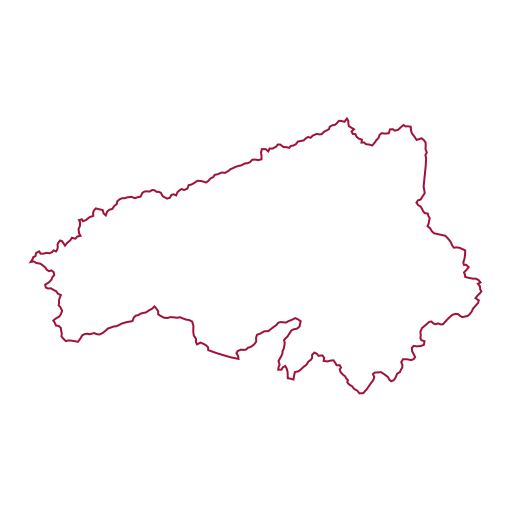 the district of Valença, Rio de Janeiro, Brazil
{"feature_id": "56859067B36198843973631", "entity_name": "Valença", "entity_type": "district", "adm_level": 2, "iso_a3": "BRA", "parent_name": "Brazil", "parent_adm1": "Rio de Janeiro", "projection": "orthographic", "projection_center": [-43.878, -22.233], "detail": "fine", "context": "isolated", "style": "outline", "palette": "rose", "viewbox_px": 512, "rotation_deg": 0, "n_neighbors": 0, "source": "geoboundaries", "source_scale": "gbopen_adm2", "svg_char_len": 6030}
<svg xmlns="http://www.w3.org/2000/svg" viewBox="0 0 512 512"><path d="M30.7,262.0L33.5,261.4L36.4,263.0L40.4,263.7L43.2,265.7L45.4,267.6L46.7,269.7L49.0,271.2L51.4,270.4L53.7,272.2L54.2,275.2L52.5,277.0L51.4,279.7L49.3,282.0L47.3,283.4L45.2,284.6L45.8,287.5L47.9,288.5L50.8,288.3L53.4,289.8L56.1,291.2L57.9,293.6L60.9,295.1L59.7,298.0L58.9,300.4L59.1,302.9L58.6,305.2L60.4,307.2L62.1,310.7L60.8,314.3L59.4,316.4L56.9,317.9L54.9,319.2L53.3,320.6L54.7,322.6L56.0,325.5L58.8,326.0L60.8,327.9L61.1,330.6L61.8,333.8L61.4,336.4L63.8,339.2L65.9,341.1L68.0,340.5L70.6,340.5L74.2,341.1L77.9,341.8L79.5,339.8L81.0,337.5L82.2,335.4L84.3,334.2L87.1,333.7L89.4,334.3L91.8,333.7L94.3,333.1L96.8,334.2L99.5,334.5L102.5,333.1L105.2,331.0L107.9,328.5L110.7,327.6L113.7,326.5L116.0,326.3L118.7,325.2L121.6,323.6L126.4,322.2L132.5,321.1L133.9,317.4L136.0,315.5L138.3,315.2L140.3,313.7L143.5,312.9L145.8,312.5L149.0,310.4L152.3,308.6L154.5,306.4L156.4,308.7L158.2,311.4L158.2,314.3L160.4,315.8L164.0,317.7L167.4,318.0L170.5,317.1L174.3,317.4L177.4,317.8L179.9,317.2L182.8,318.4L186.0,319.6L189.0,320.0L192.2,321.6L193.4,325.7L193.3,329.4L193.3,332.1L193.8,335.6L196.0,338.8L195.9,342.0L197.1,344.4L200.5,342.6L203.6,343.9L205.9,345.2L208.1,347.3L208.2,350.1L216.0,352.9L221.8,354.7L230.7,357.3L238.5,358.9L238.1,355.9L236.4,353.3L237.6,351.1L240.8,349.7L244.0,349.9L246.2,349.5L247.9,347.8L250.0,347.2L252.2,346.0L254.4,344.1L256.2,341.6L256.1,337.7L257.0,334.8L260.5,333.5L264.3,331.3L268.3,331.1L271.1,328.9L274.0,326.7L276.4,325.1L278.0,322.9L280.1,322.1L283.4,322.3L285.9,322.6L288.2,321.3L290.4,320.4L292.5,319.5L295.3,318.1L298.0,319.4L300.7,321.2L300.1,323.7L299.5,326.5L297.1,328.6L293.4,329.4L291.2,330.7L287.5,336.5L285.5,338.4L284.0,340.2L284.7,342.5L284.4,345.6L283.7,348.8L282.6,351.1L282.3,354.1L280.8,357.0L278.5,361.0L279.6,364.6L278.5,367.3L278.2,369.7L281.5,369.7L282.7,367.5L285.2,366.0L286.6,368.3L287.6,372.0L287.8,378.2L290.1,378.6L293.5,379.5L294.0,376.0L294.9,372.1L298.7,371.2L301.4,369.0L303.4,367.0L306.4,364.8L308.4,361.6L310.7,360.0L312.1,358.0L312.1,354.9L314.3,352.6L316.7,353.7L318.6,355.8L322.3,355.4L324.1,357.7L323.7,361.0L327.6,361.4L330.4,360.6L333.5,360.3L335.4,363.1L336.6,365.2L339.8,365.3L341.0,367.5L339.7,369.4L340.6,372.2L342.8,374.5L345.2,376.4L346.2,378.4L347.9,380.1L347.3,382.4L348.9,384.3L352.1,386.3L354.1,388.9L357.2,390.6L359.5,393.4L363.3,393.1L365.1,391.0L366.9,389.1L368.6,386.5L370.8,383.4L373.3,380.1L374.3,377.0L372.9,374.1L374.7,372.6L378.0,372.4L380.9,372.1L383.8,373.9L387.9,377.0L389.5,379.9L391.2,381.3L393.9,380.1L395.7,377.3L397.1,373.7L399.8,372.2L400.9,369.8L402.3,367.5L402.4,364.7L401.2,362.2L403.0,359.2L407.5,359.3L411.2,360.1L413.6,359.2L415.1,357.1L414.1,355.0L412.1,351.1L411.8,347.9L413.7,345.9L417.0,346.4L420.8,346.0L423.9,344.8L424.5,341.2L421.3,340.2L420.4,338.0L420.8,335.5L420.4,331.8L422.0,328.1L426.6,324.2L429.2,321.9L431.4,321.5L433.6,323.6L435.7,324.2L438.2,323.4L440.7,324.4L443.0,324.3L445.2,321.7L447.3,319.5L450.1,316.7L452.6,314.7L455.7,313.9L458.0,314.1L460.1,315.9L462.3,317.1L465.3,316.5L467.7,315.9L469.5,314.4L471.7,311.6L473.1,308.5L475.8,305.6L478.0,303.0L478.8,300.4L475.5,298.2L477.7,295.4L479.8,293.4L481.3,291.4L480.2,289.3L479.9,286.3L477.9,283.7L480.5,282.5L478.7,280.2L476.1,278.7L472.8,278.7L468.6,277.8L465.2,276.9L464.9,274.6L464.0,272.4L466.4,270.0L468.7,267.2L466.3,264.9L463.9,264.9L463.3,262.3L464.4,259.0L465.0,255.5L465.2,250.4L462.5,249.1L459.3,247.7L456.5,247.4L453.9,247.7L452.2,245.5L450.5,241.6L448.2,238.8L445.4,235.8L434.1,233.3L431.9,231.3L430.1,228.3L427.6,226.2L428.7,223.5L429.0,221.1L429.7,218.2L428.4,216.0L427.8,213.6L424.7,213.1L423.1,211.2L421.9,208.6L420.4,206.4L418.2,205.1L416.4,202.7L417.9,200.4L420.7,199.5L422.4,196.6L424.7,193.3L424.3,190.2L423.6,186.7L425.7,165.9L426.1,158.1L425.4,155.1L426.8,152.4L425.5,149.0L425.7,145.6L425.6,142.5L424.0,140.3L421.6,138.3L416.6,139.9L414.4,136.6L411.8,133.1L411.1,130.7L410.7,126.7L407.9,126.3L405.5,126.4L403.6,125.0L400.8,127.3L397.9,129.9L394.8,130.6L392.8,129.2L390.0,129.4L388.7,133.3L384.9,133.6L381.5,133.2L379.5,135.0L378.6,137.8L376.3,140.3L374.3,143.1L372.2,145.5L369.5,144.6L366.0,144.2L364.0,142.4L361.5,142.6L361.9,139.7L358.6,138.5L356.4,136.6L355.5,134.2L352.8,133.9L351.5,131.5L354.0,129.3L351.1,127.5L348.9,126.2L348.3,123.3L348.3,120.7L346.9,118.6L344.5,121.8L341.1,120.9L338.8,120.9L337.0,123.1L335.0,124.8L332.3,125.3L329.7,126.8L329.0,129.1L326.4,130.6L324.3,131.5L321.6,134.2L319.4,134.4L316.8,133.9L312.9,135.5L310.6,137.8L308.1,137.0L306.0,138.2L303.7,140.4L300.8,141.0L297.8,141.6L295.8,144.3L293.1,145.6L290.9,145.9L289.1,147.9L286.6,147.2L283.4,147.0L280.2,144.5L277.8,144.5L276.2,146.6L272.7,148.5L269.6,148.5L268.3,151.4L265.6,149.1L261.8,149.1L261.0,152.9L261.5,155.4L261.5,159.3L258.2,160.1L255.4,159.6L252.3,159.7L250.0,162.1L247.6,163.2L244.8,163.5L240.9,165.5L238.2,166.0L235.5,166.9L232.9,168.2L230.6,169.1L228.5,170.9L225.0,172.9L221.9,172.5L217.5,174.3L214.6,174.9L213.4,177.0L210.6,178.4L208.2,181.0L206.0,182.5L203.2,181.5L200.3,180.9L197.3,180.8L194.2,183.0L191.3,184.6L188.7,185.1L187.4,188.6L184.1,190.0L181.5,189.0L179.2,190.6L177.5,192.2L176.1,195.4L173.7,194.3L171.4,194.9L169.8,197.8L167.1,198.6L164.9,197.4L162.8,196.3L160.8,192.7L158.7,191.9L156.5,191.8L154.6,190.3L152.2,190.0L149.5,191.6L146.5,191.3L144.3,191.6L142.4,192.9L140.5,196.7L137.3,197.3L134.9,198.2L131.6,196.9L127.5,197.3L124.3,198.3L122.2,198.2L119.6,199.3L117.2,201.4L116.8,204.0L114.3,206.0L112.2,209.0L109.3,209.7L107.2,211.6L105.8,215.4L103.7,213.5L102.6,210.0L98.8,209.2L95.9,208.4L94.0,210.4L93.1,212.5L93.3,215.9L89.5,217.2L86.0,220.0L82.9,221.2L81.8,219.3L79.0,220.1L80.1,222.2L79.9,226.1L78.5,229.2L79.2,233.6L80.5,235.8L77.3,236.5L75.3,238.7L71.9,237.8L70.3,240.3L67.1,243.0L65.0,245.6L62.1,241.2L60.1,240.5L58.4,242.5L57.5,244.7L57.8,247.1L57.3,249.4L56.1,251.4L53.6,250.4L52.1,252.1L49.6,253.3L46.7,252.8L43.3,253.7L40.6,253.7L39.2,251.4L36.1,253.0L35.4,256.2L33.3,257.1L32.5,259.3L30.7,262.0Z" fill="none" stroke="#9f1239" stroke-width="2"/></svg>